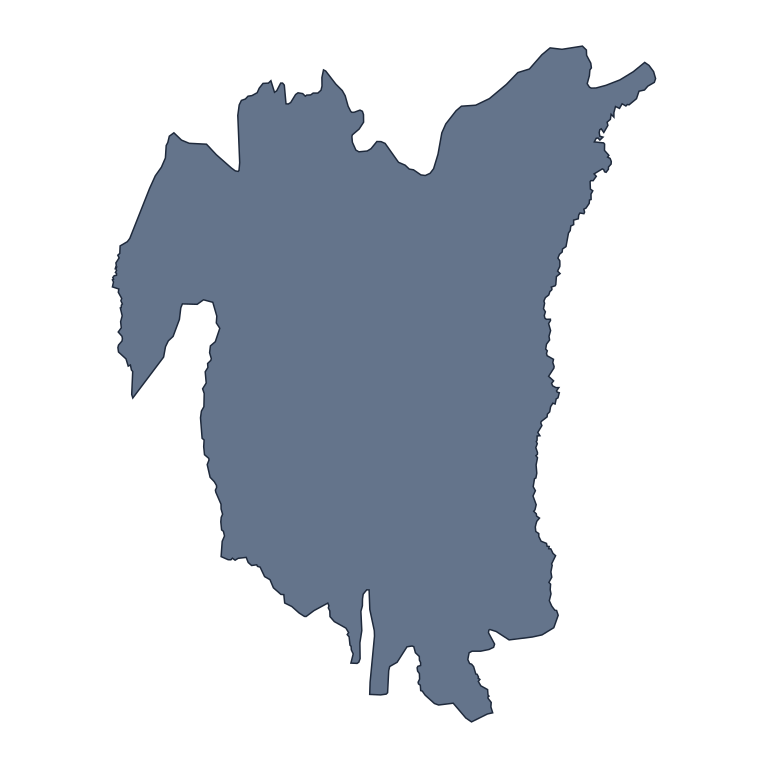 outline of Kenge, Bandundu, Democratic Republic of the Congo
{"feature_id": "63176286B18264844623742", "entity_name": "Kenge", "entity_type": "district", "adm_level": 2, "iso_a3": "COD", "parent_name": "Democratic Republic of the Congo", "parent_adm1": "Bandundu", "projection": "robinson", "projection_center": [16.889, -5.103], "detail": "fine", "context": "isolated", "style": "filled", "palette": "slate", "viewbox_px": 768, "rotation_deg": 0, "n_neighbors": 0, "source": "geoboundaries", "source_scale": "gbopen_adm2", "svg_char_len": 6073}
<svg xmlns="http://www.w3.org/2000/svg" viewBox="0 0 768 768"><path d="M206.5,144.2L189.2,143.3L181.5,140.1L173.9,132.8L169.3,136.2L167.8,142.5L166.2,145.5L165.4,158.0L161.4,167.2L155.3,175.8L149.6,188.4L129.8,238.4L127.3,241.7L120.1,245.9L119.8,253.4L117.8,255.2L119.1,257.9L115.9,262.9L116.3,265.4L115.4,268.2L116.4,267.7L115.9,269.1L116.6,270.5L115.4,272.5L116.5,273.4L116.5,275.3L114.2,275.7L112.8,277.5L113.6,279.2L112.4,279.8L113.5,282.0L112.4,286.9L118.8,289.0L118.3,292.3L121.7,298.4L120.9,300.8L122.4,304.0L121.4,305.1L121.2,307.6L120.3,307.9L122.2,315.8L120.6,321.7L121.3,327.8L118.2,332.0L122.0,336.3L122.4,338.7L122.0,341.0L118.5,345.1L117.9,347.6L118.5,352.0L126.0,358.9L128.2,366.1L130.4,365.0L131.4,369.9L132.7,371.5L131.7,394.5L132.8,398.0L163.6,357.1L165.5,346.7L168.3,340.9L173.1,336.4L179.4,319.5L180.8,307.8L182.4,303.9L197.2,304.3L203.5,299.8L212.8,302.3L216.8,316.1L216.3,322.9L219.8,328.3L215.3,341.7L210.4,345.9L209.6,352.7L211.3,358.6L210.8,360.4L207.6,363.5L207.9,367.5L205.2,371.8L206.2,383.0L202.6,388.8L204.2,393.5L203.9,406.7L201.4,411.1L200.5,417.8L202.1,438.3L204.1,440.0L203.7,446.7L204.5,454.7L208.7,458.3L209.0,460.0L207.2,464.6L210.1,477.3L214.3,481.7L216.5,485.5L216.6,487.6L215.4,490.1L215.8,492.2L221.0,504.2L221.1,509.0L222.6,514.2L221.2,517.4L220.8,521.8L221.6,529.9L223.4,531.3L224.5,536.0L222.2,541.3L221.1,556.6L228.1,559.7L230.9,559.8L232.4,558.2L235.1,560.2L238.2,558.3L246.2,557.4L248.2,562.5L251.6,565.5L256.7,564.8L257.5,566.4L260.1,567.1L264.6,576.6L270.0,579.7L273.4,587.8L280.9,594.4L283.8,594.6L284.7,603.0L291.8,606.5L299.1,613.0L304.4,616.4L306.1,616.5L314.0,610.6L327.8,603.1L328.9,605.8L328.3,607.9L329.8,610.9L330.0,616.6L334.3,621.6L345.9,628.1L348.6,632.6L347.2,634.6L349.1,636.8L350.0,645.2L351.1,646.3L351.3,649.8L353.2,653.9L350.9,663.1L357.1,663.4L358.8,662.2L360.1,658.7L359.9,642.8L361.8,630.6L360.9,611.3L362.4,605.8L362.5,599.0L363.2,594.2L366.7,589.8L369.1,589.9L369.8,609.5L374.3,630.7L374.5,636.1L370.1,682.1L369.7,694.4L380.6,694.9L386.2,694.1L387.6,692.7L388.7,670.7L389.7,666.5L397.1,662.3L407.0,646.8L412.1,646.0L413.8,646.7L415.4,652.7L419.3,656.5L419.4,660.1L420.6,662.6L420.6,665.5L417.9,666.3L417.1,667.8L417.6,671.1L419.4,673.6L419.6,679.1L418.1,682.2L418.5,683.9L420.3,685.2L420.7,690.6L422.3,691.1L425.1,695.1L434.4,703.5L438.6,705.0L453.2,703.2L465.8,718.0L471.5,721.9L487.4,714.0L492.7,712.8L490.9,707.0L491.2,702.4L488.1,698.4L487.9,697.0L489.0,696.1L488.0,695.0L487.6,689.6L480.8,685.8L478.3,681.4L479.9,679.4L478.1,678.1L478.5,677.0L477.1,674.3L475.8,674.0L473.6,666.6L471.6,664.2L469.6,663.5L467.8,659.5L469.1,652.8L472.1,651.2L480.6,651.2L489.0,649.5L493.6,647.3L494.6,644.1L488.5,632.8L488.8,630.2L489.9,629.5L496.2,631.5L509.1,639.9L532.4,637.0L542.0,634.9L553.8,627.7L558.2,615.3L556.6,610.5L554.8,610.2L551.8,606.2L549.3,600.7L551.0,593.9L550.2,589.7L550.6,584.2L548.9,582.4L551.8,577.2L550.9,571.9L552.2,565.3L551.6,563.9L555.6,555.7L553.0,553.4L550.8,548.9L548.7,548.7L549.2,546.5L547.1,546.3L546.5,543.4L541.1,541.2L538.8,536.5L538.8,533.6L535.8,531.5L535.3,527.0L536.0,524.0L536.8,521.3L539.5,518.1L536.6,516.1L536.3,513.8L533.7,511.3L535.0,509.8L536.2,504.7L533.0,496.0L535.4,490.7L533.2,486.7L534.5,478.7L535.9,478.0L536.8,473.2L536.1,465.0L537.5,457.7L535.9,455.7L537.4,454.3L537.5,452.6L535.8,447.6L537.3,443.7L536.3,441.6L537.1,440.2L537.1,436.0L539.9,435.7L537.8,432.4L541.9,425.6L540.8,423.0L541.2,421.5L547.1,416.9L547.4,414.1L549.7,411.8L550.6,406.7L552.8,403.2L555.1,404.0L556.2,398.9L558.0,397.8L559.3,392.7L557.3,392.2L556.5,390.9L558.8,387.6L555.9,387.6L552.6,385.8L551.6,383.4L553.6,380.9L548.6,376.3L553.9,368.1L554.1,366.4L552.8,362.6L553.5,359.3L547.1,355.7L546.5,353.4L547.3,350.8L545.7,349.1L546.5,344.2L549.6,340.0L549.0,336.3L550.6,330.6L548.6,323.6L550.5,320.5L550.4,319.2L546.3,319.3L544.8,318.0L544.3,315.5L545.4,311.8L543.5,308.8L544.6,303.3L543.9,301.0L545.4,297.6L548.8,294.9L549.9,291.5L551.5,290.2L552.0,289.1L551.3,287.1L555.1,285.8L555.8,284.6L556.4,276.6L560.1,273.6L557.6,271.1L559.8,266.5L559.9,264.5L559.8,260.8L557.9,258.1L559.5,254.3L562.2,252.0L562.5,249.0L566.0,246.6L568.5,233.0L570.2,230.6L570.8,226.0L573.7,224.6L573.6,220.1L578.3,218.8L578.7,215.0L579.9,213.0L583.9,213.7L584.6,212.1L583.8,209.2L586.0,208.1L589.2,203.4L589.5,200.0L591.1,199.5L591.0,194.1L592.8,190.8L590.4,189.1L590.1,181.6L590.9,180.6L593.1,180.7L596.3,176.3L594.1,173.9L602.3,168.9L603.7,169.6L604.6,171.8L606.1,172.3L608.4,169.3L608.5,167.0L611.1,164.1L611.3,161.5L610.1,158.4L607.6,157.1L608.9,155.4L604.5,150.4L604.6,144.1L603.6,142.9L594.3,141.9L596.2,138.3L598.0,138.0L599.9,140.1L603.0,137.1L599.8,136.2L599.2,132.6L599.8,129.7L601.2,128.8L603.8,132.5L607.9,125.4L607.1,122.2L610.4,119.3L611.1,114.3L613.9,117.1L613.9,112.6L615.5,106.5L619.5,108.4L622.1,103.8L625.9,106.0L627.3,104.5L629.1,104.8L636.5,98.7L639.0,91.2L644.5,90.0L647.9,86.1L654.3,82.4L655.6,78.6L653.6,71.6L649.0,65.4L644.7,62.4L633.3,71.7L619.9,79.9L606.0,85.3L596.0,88.0L591.3,88.1L589.5,87.2L587.2,83.7L589.4,75.7L589.9,69.9L591.4,67.9L590.8,63.2L586.6,55.3L586.4,50.0L582.4,46.1L562.0,49.3L550.1,47.9L541.9,54.7L529.4,69.0L517.8,72.6L506.4,84.4L489.4,98.6L475.7,105.2L461.4,106.2L456.1,110.7L445.8,123.9L441.8,132.9L438.0,154.2L433.6,168.7L430.1,173.3L425.3,175.5L420.9,174.9L413.5,169.8L409.3,169.1L405.2,165.2L398.5,162.3L385.1,143.4L381.0,141.6L376.9,141.5L371.0,148.7L367.2,151.0L358.9,151.8L355.9,150.1L352.4,142.3L351.9,136.6L352.3,134.9L359.1,129.1L363.6,122.2L363.5,114.6L362.4,111.3L360.0,110.1L354.1,112.3L351.7,112.3L350.7,111.3L348.1,106.2L345.2,95.8L342.3,90.6L335.8,84.1L325.7,71.0L323.5,69.9L321.9,77.6L322.0,86.1L321.0,90.2L317.8,93.1L313.1,93.1L310.7,94.9L306.7,95.1L305.3,96.2L302.7,93.6L298.0,92.8L295.6,94.5L290.7,102.5L288.3,104.0L286.0,103.8L284.3,85.1L282.6,83.1L280.7,83.1L276.7,90.8L274.5,92.3L270.9,80.7L268.4,83.1L263.0,83.4L259.2,88.2L257.2,92.7L251.9,95.6L248.0,96.2L245.4,99.0L241.4,100.4L239.2,104.9L237.8,115.4L239.7,162.8L239.0,170.4L238.2,171.4L235.3,170.9L231.5,168.1L216.3,154.7L206.5,144.2Z" fill="#64748b" stroke="#1e293b" stroke-width="1.5"/></svg>